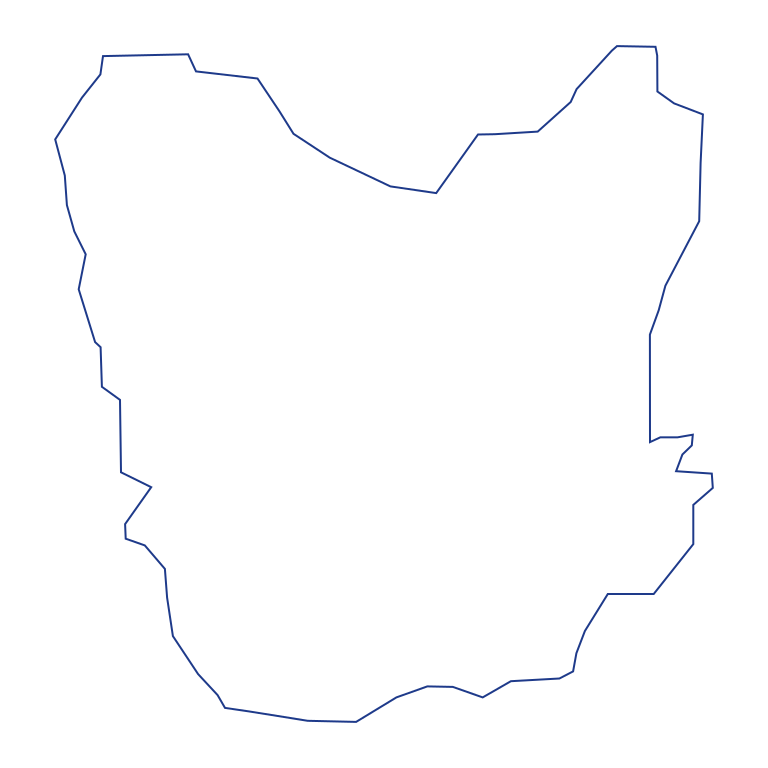 Mayahi, Maradi, Niger (Natural Earth projection)
{"feature_id": "23599985B12759501052009", "entity_name": "Mayahi", "entity_type": "district", "adm_level": 2, "iso_a3": "NER", "parent_name": "Niger", "parent_adm1": "Maradi", "projection": "natural_earth1", "projection_center": [7.671, 14.129], "detail": "fine", "context": "isolated", "style": "outline", "palette": "blue", "viewbox_px": 768, "rotation_deg": 0, "n_neighbors": 0, "source": "geoboundaries", "source_scale": "gbopen_adm2", "svg_char_len": 1019}
<svg xmlns="http://www.w3.org/2000/svg" viewBox="0 0 768 768"><path d="M248.9,711.4L307.7,720.8L356.1,721.9L396.4,697.4L427.3,686.4L452.8,686.9L482.7,697.4L510.9,681.2L559.4,678.5L573.1,671.4L576.4,653.2L584.9,631.0L607.8,594.0L653.7,594.0L693.3,544.1L693.3,504.9L712.8,487.9L711.8,473.6L676.1,471.2L682.4,454.5L691.8,445.4L692.8,434.7L677.7,437.3L660.4,437.3L650.0,442.1L649.9,334.6L658.7,310.3L665.4,285.7L679.7,258.4L699.2,221.2L700.6,163.1L702.9,114.4L674.1,103.4L657.4,91.5L657.2,55.6L655.5,46.8L617.0,46.1L611.9,50.6L576.6,89.1L570.7,102.0L537.7,131.6L494.9,134.2L478.0,134.5L436.2,193.1L390.4,186.4L329.8,157.7L293.5,133.8L279.5,111.4L257.5,78.5L196.0,71.4L188.1,54.3L103.0,56.1L100.4,74.4L82.0,97.6L55.2,139.4L64.8,175.5L66.9,205.1L74.3,231.4L85.7,254.3L78.7,289.3L95.1,342.1L100.6,347.2L101.9,386.8L120.0,399.9L121.0,472.3L151.2,487.2L125.1,524.1L125.7,538.7L144.8,545.4L164.9,568.9L167.1,597.6L172.9,636.1L198.1,674.1L217.6,695.1L225.0,707.9L248.9,711.4Z" fill="none" stroke="#1e3a8a" stroke-width="2"/></svg>